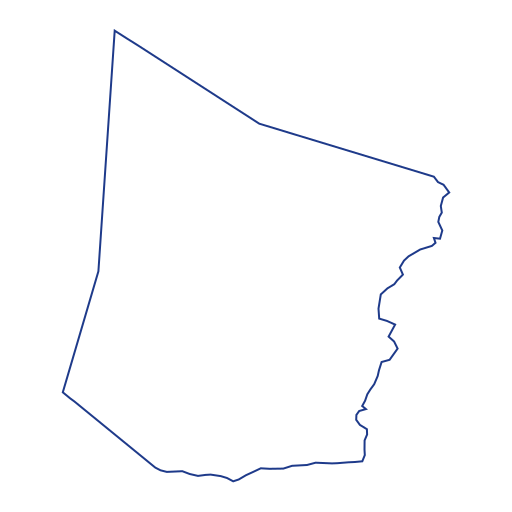 outline of Amapá do Maranhão, Maranhão, Brazil
{"feature_id": "56859067B53661341879056", "entity_name": "Amapá do Maranhão", "entity_type": "district", "adm_level": 2, "iso_a3": "BRA", "parent_name": "Brazil", "parent_adm1": "Maranhão", "projection": "albers", "projection_center": [-45.895, -1.657], "detail": "fine", "context": "isolated", "style": "outline", "palette": "blue", "viewbox_px": 512, "rotation_deg": 0, "n_neighbors": 0, "source": "geoboundaries", "source_scale": "gbopen_adm2", "svg_char_len": 1127}
<svg xmlns="http://www.w3.org/2000/svg" viewBox="0 0 512 512"><path d="M127.4,38.8L114.7,30.7L98.4,271.3L62.8,392.3L70.2,398.4L74.3,401.4L155.3,467.6L160.5,470.3L166.8,471.9L182.3,471.2L189.7,474.0L198.0,475.9L205.6,474.9L210.6,474.6L220.7,476.1L227.0,478.0L233.2,481.3L238.7,479.5L246.0,475.2L253.2,471.9L260.8,468.3L269.5,468.8L283.3,468.6L292.1,465.8L307.0,465.0L315.6,462.7L332.0,463.4L337.3,463.2L348.5,462.3L354.9,462.0L362.3,461.3L364.8,455.1L364.5,449.5L364.6,440.4L367.1,434.5L366.9,429.2L359.9,424.9L356.2,419.8L356.4,414.9L359.2,411.0L365.9,409.1L362.2,406.0L365.1,400.7L367.3,394.3L370.4,389.4L374.2,384.2L377.7,376.0L379.0,370.2L381.6,362.0L389.6,359.8L397.6,348.6L394.1,341.5L388.6,336.6L395.1,324.6L386.9,320.9L379.2,318.6L378.5,308.6L380.8,294.4L387.5,288.3L394.3,284.2L397.1,280.5L402.9,274.6L399.8,267.5L404.0,260.6L408.6,256.3L420.2,249.5L431.9,245.9L435.5,242.8L433.9,238.0L440.0,238.7L442.3,230.5L438.3,221.9L439.3,216.9L441.8,212.6L440.8,206.0L443.1,197.5L449.2,192.5L443.6,184.8L438.0,182.1L433.9,176.7L293.9,134.2L259.3,123.7L137.3,45.0L127.4,38.8Z" fill="none" stroke="#1e3a8a" stroke-width="2"/></svg>